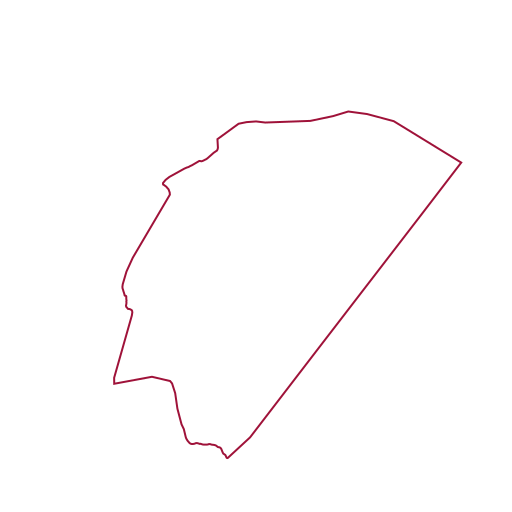 map outline of Phalombe (Robinson projection), rotated 34°
{"feature_id": "MWI-1924", "entity_name": "Phalombe", "entity_type": "District", "adm_level": 1, "iso_a3": "MWI", "parent_name": "Malawi", "parent_adm1": "", "projection": "robinson", "projection_center": [35.629, -15.702], "detail": "fine", "context": "isolated", "style": "outline", "palette": "rose", "viewbox_px": 512, "rotation_deg": 34, "n_neighbors": 0, "source": "natural_earth", "source_scale": "10m", "svg_char_len": 1802}
<svg xmlns="http://www.w3.org/2000/svg" viewBox="0 0 512 512"><g transform="rotate(34 256 256)"><path d="M373.9,63.8L370.1,126.6L363.9,225.6L359.5,295.8L352.5,409.7L345.5,439.3L345.3,439.5L344.8,439.7L344.3,439.6L343.8,439.3L342.7,438.6L341.8,438.1L340.2,438.1L339.4,438.1L338.4,437.6L335.0,435.3L333.7,434.9L332.5,435.1L331.6,435.6L330.9,435.7L329.2,435.5L328.3,435.6L327.0,436.0L324.7,437.2L323.2,437.6L322.2,438.2L321.7,438.9L320.8,439.8L317.6,441.9L316.8,442.2L315.7,442.5L315.0,442.7L314.5,443.2L312.4,443.8L311.5,444.2L310.7,444.9L310.0,446.0L309.2,446.8L308.3,447.5L307.4,448.0L306.5,448.2L305.5,448.2L302.5,447.4L300.2,446.3L299.0,445.4L293.0,439.9L288.4,437.2L276.2,426.5L265.7,414.9L257.7,408.6L254.7,407.7L237.3,414.3L209.9,441.2L206.5,436.3L186.4,374.9L185.0,371.9L184.0,370.8L183.2,370.4L182.6,370.4L182.1,370.5L181.0,370.6L179.5,371.4L179.2,371.4L178.9,371.3L177.9,370.9L177.3,370.9L176.6,370.5L176.0,369.9L175.3,368.2L174.4,366.7L173.9,366.2L173.5,365.2L172.6,364.3L171.0,362.0L170.5,361.8L170.0,361.9L169.5,362.2L169.1,362.1L168.6,361.6L167.9,361.0L167.3,360.5L166.7,360.0L166.1,359.6L164.6,358.3L163.5,357.5L162.5,356.3L161.3,353.9L157.3,341.3L154.8,326.3L150.3,253.3L149.7,252.6L149.3,252.0L148.8,251.5L147.4,250.5L146.6,249.9L146.1,249.6L143.8,249.0L143.2,248.8L142.7,248.7L140.3,248.6L139.9,248.6L139.2,248.7L138.6,248.3L138.1,247.4L138.5,243.4L140.0,238.8L147.7,223.7L149.2,221.3L149.7,220.7L150.3,220.0L151.1,218.3L152.1,216.7L155.8,209.0L156.3,208.6L157.6,208.1L158.0,207.8L158.6,207.0L159.1,206.2L160.2,204.2L160.6,203.6L161.1,202.2L163.2,194.1L164.7,190.3L164.4,188.7L163.8,187.4L158.7,180.7L167.6,156.1L173.3,150.3L180.8,144.4L189.0,140.2L225.5,113.6L241.7,96.9L251.7,84.6L268.7,76.2L294.8,67.2L373.7,63.8L373.9,63.8Z" fill="none" stroke="#9f1239" stroke-width="2"/></g></svg>